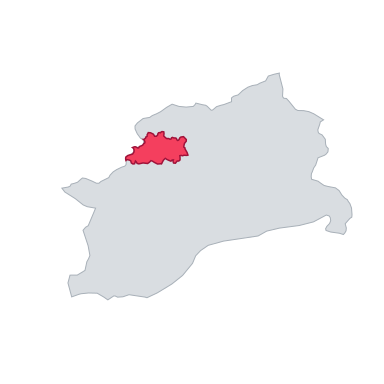 where Haskovo sits in Bulgaria, rotated 161°
{"feature_id": "BGR-2232", "entity_name": "Haskovo", "entity_type": "Province", "adm_level": 1, "iso_a3": "BGR", "parent_name": "Bulgaria", "parent_adm1": "", "projection": "natural_earth1", "projection_center": [25.843, 41.878], "detail": "fine", "context": "in_parent", "style": "filled", "palette": "rose", "viewbox_px": 384, "rotation_deg": 161, "n_neighbors": 0, "source": "natural_earth", "source_scale": "10m", "svg_char_len": 3919}
<svg xmlns="http://www.w3.org/2000/svg" viewBox="0 0 384 384"><g transform="rotate(161 192 192)"><path d="M313.8,238.0L307.4,237.0L305.1,237.3L303.7,238.8L300.7,238.5L297.0,238.5L293.1,240.2L291.0,240.9L288.1,239.4L282.8,234.7L279.5,231.4L277.1,230.6L274.7,231.6L266.0,232.7L264.0,234.6L260.0,236.7L256.0,237.7L250.2,238.4L247.2,238.3L245.5,239.3L244.1,242.4L243.1,245.4L242.3,246.6L235.1,248.1L233.5,249.8L233.1,251.5L233.2,253.2L227.5,251.5L223.0,252.6L222.0,253.9L221.1,255.8L221.6,257.7L223.2,259.7L224.8,264.9L225.3,270.1L224.4,273.0L221.1,275.1L214.3,277.4L207.7,276.3L204.7,277.2L199.9,277.5L195.3,278.2L188.4,280.3L182.2,281.5L176.5,277.2L169.9,274.2L162.9,272.5L160.4,273.8L159.4,274.8L153.5,271.0L150.9,269.6L149.7,268.1L147.2,263.0L145.8,262.8L141.0,264.7L136.3,264.6L133.5,264.3L125.2,264.5L124.1,268.0L123.0,268.5L121.2,269.0L116.8,268.8L111.1,271.4L105.0,272.9L100.3,273.0L95.4,272.2L92.5,272.8L86.2,273.1L82.1,276.8L75.9,276.6L70.7,276.0L71.3,274.8L72.5,259.8L75.2,253.1L75.1,251.8L74.6,250.7L72.3,249.7L70.7,246.0L67.3,236.6L65.4,234.6L60.0,232.6L55.3,229.9L51.4,226.3L44.1,217.4L47.9,216.5L49.0,214.7L52.8,209.8L53.2,207.4L52.8,206.0L50.4,203.6L48.8,198.5L50.1,193.7L50.2,191.2L49.0,188.8L50.4,185.7L53.0,184.1L54.7,183.6L61.7,183.3L66.3,177.2L69.0,175.2L71.8,171.8L73.1,170.5L74.3,167.8L74.8,165.1L69.3,161.2L67.4,158.4L65.0,155.2L61.7,153.0L55.0,149.2L52.4,145.3L51.3,140.4L49.6,136.6L47.6,134.1L47.3,132.1L46.5,129.7L46.4,124.9L48.1,118.4L49.1,116.2L51.4,115.6L57.5,112.1L57.8,107.8L59.0,105.1L60.9,103.5L62.7,102.5L66.0,105.0L73.9,109.0L77.8,112.0L77.6,113.8L75.7,115.6L72.2,117.4L70.2,119.7L69.6,122.7L70.1,124.7L72.5,126.5L86.9,124.2L101.5,125.4L121.1,129.4L134.1,130.7L143.8,128.9L161.6,132.2L178.2,135.3L194.1,136.3L203.0,133.8L209.3,130.5L214.7,124.4L228.0,116.2L240.9,111.6L257.8,107.9L269.0,106.7L270.6,107.9L285.0,115.4L291.4,115.4L296.6,116.8L298.5,118.7L299.8,119.2L306.7,117.4L309.7,121.5L314.6,127.2L322.7,130.2L329.9,131.9L332.2,132.1L339.9,132.0L338.9,146.4L334.4,153.1L327.5,150.8L318.7,152.7L314.1,160.3L311.5,162.6L309.2,165.2L307.7,175.1L307.5,191.3L304.1,193.3L301.1,193.9L288.4,208.1L295.8,212.2L299.1,215.2L304.5,223.7L312.2,233.3L313.8,238.0Z" fill="#d9dde1" stroke="#a8b0b8" stroke-width="1"/><path d="M244.2,243.3L244.2,243.7L244.0,244.8L243.6,245.9L243.0,246.7L240.7,247.4L235.8,247.2L233.8,248.8L233.2,250.2L233.0,251.5L233.3,252.7L233.8,253.4L232.0,253.5L231.0,253.3L230.3,252.8L229.1,251.4L228.7,251.2L228.0,251.1L227.0,252.1L224.3,252.2L223.1,252.5L221.8,253.5L221.4,253.6L221.1,253.6L220.8,253.7L220.5,254.1L220.2,254.8L220.2,255.7L220.3,256.5L220.5,257.2L220.7,257.5L220.4,257.4L218.4,258.0L217.9,259.0L217.0,259.0L216.2,259.4L215.9,260.6L214.0,262.4L211.9,261.5L209.7,259.3L209.4,258.1L209.2,256.9L207.5,256.3L205.9,257.1L205.3,258.2L204.3,258.9L203.5,258.8L202.7,258.3L201.6,258.8L200.7,258.9L199.1,258.1L199.4,256.5L200.5,254.1L199.2,251.7L198.7,251.0L198.2,250.5L197.3,250.5L196.5,250.0L195.6,249.0L194.5,249.0L193.7,249.9L192.7,250.0L191.7,249.1L189.7,248.3L189.3,247.4L189.3,246.3L188.8,245.4L187.9,245.4L187.1,245.9L186.0,247.1L184.6,247.6L182.0,247.1L180.3,243.5L180.9,241.9L183.3,240.4L184.9,237.9L185.1,236.9L184.5,236.4L184.3,235.8L184.6,235.2L184.2,233.0L183.8,231.0L183.8,228.2L184.3,228.2L185.0,228.3L186.0,228.7L187.7,229.4L188.7,229.3L189.3,229.4L189.6,229.6L190.2,230.1L190.7,230.2L191.2,230.2L191.7,230.3L192.2,228.1L192.9,226.2L194.4,225.6L196.0,226.1L198.3,224.6L200.0,225.4L200.0,226.4L199.9,227.5L199.2,228.4L200.4,228.7L201.9,228.0L203.2,229.1L205.2,231.0L206.3,232.5L208.5,231.5L210.5,229.7L211.1,229.0L211.7,228.5L212.1,228.8L215.5,229.7L218.0,232.3L219.2,233.9L220.6,235.0L222.6,234.0L224.7,233.4L228.8,235.4L233.1,235.9L234.6,236.9L234.9,238.8L235.4,239.7L236.1,238.7L237.1,237.4L238.7,237.7L239.9,239.2L239.8,241.5L240.8,242.5L242.0,243.3L243.2,243.8L244.2,243.3L244.2,243.3Z" fill="#f43f5e" stroke="#9f1239" stroke-width="1.5"/></g></svg>